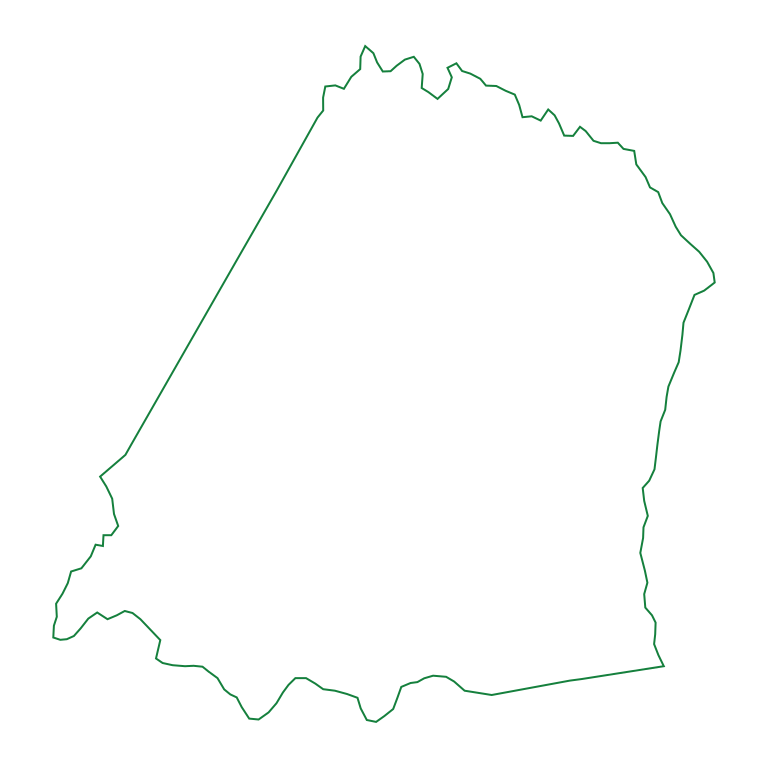 the district of Ibiassucê, Bahia, Brazil
{"feature_id": "56859067B49243330043485", "entity_name": "Ibiassucê", "entity_type": "district", "adm_level": 2, "iso_a3": "BRA", "parent_name": "Brazil", "parent_adm1": "Bahia", "projection": "equal_earth", "projection_center": [-42.305, -14.281], "detail": "fine", "context": "isolated", "style": "outline", "palette": "green", "viewbox_px": 768, "rotation_deg": 0, "n_neighbors": 0, "source": "geoboundaries", "source_scale": "gbopen_adm2", "svg_char_len": 2168}
<svg xmlns="http://www.w3.org/2000/svg" viewBox="0 0 768 768"><path d="M581.3,679.1L663.8,666.2L658.4,655.1L654.1,644.1L655.2,634.2L655.6,622.6L652.0,615.3L645.3,607.6L644.2,594.1L647.4,582.7L644.9,570.7L640.3,552.9L643.1,538.0L643.5,527.3L647.8,515.9L644.2,500.9L642.7,488.0L649.2,480.7L654.5,469.3L656.0,456.9L657.4,444.8L659.2,430.9L660.6,421.4L665.2,409.8L666.6,396.9L668.4,386.6L674.3,372.3L678.7,362.2L680.5,350.6L682.4,334.9L683.5,322.7L688.5,310.2L694.5,294.9L704.2,290.6L714.7,282.5L713.4,273.0L707.1,261.7L699.2,251.8L690.3,243.9L681.0,235.3L675.7,226.7L670.0,214.2L662.3,203.1L658.2,192.1L650.0,187.4L645.6,177.1L636.3,164.4L634.2,150.9L623.5,148.9L617.8,142.7L609.6,143.2L601.0,143.2L593.5,140.8L585.7,131.1L580.0,126.8L573.1,135.9L564.2,135.6L559.0,123.4L554.6,115.3L548.2,109.5L540.7,120.6L531.7,116.3L522.5,117.2L519.2,105.0L514.8,94.6L505.7,90.8L496.3,86.0L486.0,85.6L480.3,78.8L470.3,73.6L462.1,71.0L456.4,63.3L447.5,67.8L451.8,77.3L448.2,89.0L437.5,98.9L428.4,92.1L421.7,88.0L422.7,74.0L419.5,63.9L413.8,56.8L404.9,59.6L396.7,65.7L390.6,71.2L382.8,71.5L377.1,62.4L373.4,53.2L365.2,46.1L360.6,56.6L360.2,69.1L351.3,76.8L343.9,88.8L335.3,85.4L325.3,86.5L323.1,97.6L323.2,110.5L317.5,117.6L276.7,190.6L237.5,258.9L196.0,331.4L131.1,444.8L125.4,454.9L100.1,476.6L106.3,486.5L112.2,498.7L114.0,514.0L118.2,526.0L111.3,535.2L103.5,535.2L102.9,546.0L95.6,544.7L90.8,556.3L81.4,568.3L71.1,571.5L67.8,583.1L62.5,593.7L56.1,603.7L56.8,616.8L53.9,625.7L53.3,637.5L60.3,639.8L66.8,639.2L73.9,636.0L80.8,628.2L88.3,618.6L97.2,612.5L107.5,619.2L116.8,615.3L124.7,611.0L132.5,613.0L140.4,619.2L160.3,640.1L156.0,658.5L162.6,663.0L172.6,665.2L185.0,666.2L193.6,665.8L202.5,666.7L208.6,671.6L217.5,678.1L224.2,689.4L230.3,694.4L236.7,697.4L241.7,707.1L249.2,718.6L258.6,719.5L268.6,712.4L276.5,703.2L282.9,692.5L288.5,684.9L295.4,678.1L306.0,678.1L315.3,683.6L323.2,689.2L334.9,690.7L347.0,694.0L357.5,697.8L360.7,708.4L366.8,720.0L376.1,721.9L384.3,716.1L393.2,709.0L397.4,697.8L401.3,686.9L410.6,683.0L417.4,682.1L424.2,678.3L433.1,675.7L446.1,676.8L454.1,681.5L464.6,690.7L491.7,695.0L569.9,680.6L581.3,679.1Z" fill="none" stroke="#15803d" stroke-width="2"/></svg>